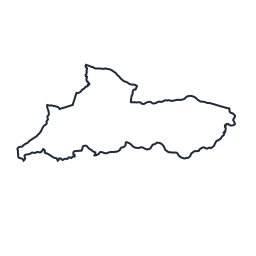 outline of Nova Olímpia, Mato Grosso, Brazil, rotated 192°
{"feature_id": "56859067B94311808533104", "entity_name": "Nova Olímpia", "entity_type": "district", "adm_level": 2, "iso_a3": "BRA", "parent_name": "Brazil", "parent_adm1": "Mato Grosso", "projection": "mercator", "projection_center": [-57.402, -14.783], "detail": "fine", "context": "isolated", "style": "outline", "palette": "slate", "viewbox_px": 256, "rotation_deg": 192, "n_neighbors": 0, "source": "geoboundaries", "source_scale": "gbopen_adm2", "svg_char_len": 5402}
<svg xmlns="http://www.w3.org/2000/svg" viewBox="0 0 256 256"><g transform="rotate(192 128 128)"><path d="M211.7,133.7L211.6,132.2L211.0,130.8L210.5,130.0L209.9,129.2L209.2,127.8L208.7,126.6L208.3,125.2L208.3,124.2L209.0,123.0L209.2,122.0L208.6,120.9L208.0,119.7L208.7,118.6L209.1,117.2L208.6,116.3L208.5,115.3L209.4,114.0L210.6,112.8L211.3,111.2L211.7,110.2L212.1,108.0L212.4,106.8L213.2,105.1L213.8,103.9L214.6,102.8L215.2,101.9L215.6,101.0L216.5,100.1L218.0,98.7L219.7,96.9L220.5,96.2L221.7,94.9L222.4,93.7L222.9,92.8L223.8,92.0L224.7,91.5L225.4,90.8L226.2,90.0L226.8,89.1L227.4,88.1L228.3,87.5L229.5,87.2L230.7,86.6L231.5,85.7L231.8,84.5L231.4,83.6L230.9,82.8L230.5,80.9L230.0,79.3L229.5,77.4L228.8,76.3L227.8,76.1L225.1,76.0L224.3,75.5L223.4,74.4L222.6,75.6L222.3,76.7L222.9,78.1L223.5,79.5L222.8,80.5L221.1,81.2L219.6,81.7L218.6,82.3L217.9,82.9L216.9,83.9L215.5,84.2L214.5,84.2L213.6,84.3L212.8,84.9L212.0,85.7L211.1,85.8L210.3,85.7L208.8,85.9L207.7,86.8L207.5,87.7L206.9,88.4L206.6,89.7L205.4,89.4L204.6,88.4L204.4,87.0L203.6,86.2L202.3,86.3L200.5,85.9L199.1,85.3L198.0,85.0L196.5,84.3L195.5,84.0L194.4,83.6L193.0,83.5L191.7,83.5L190.7,82.5L189.9,81.5L189.2,82.4L189.0,83.9L188.1,84.2L187.1,84.0L186.4,83.6L185.4,83.1L184.5,83.7L183.9,84.5L183.0,84.8L181.9,85.0L180.7,85.3L180.3,86.4L179.7,87.0L178.7,87.1L177.1,86.9L176.5,87.9L175.8,88.8L174.4,88.9L174.4,90.3L175.4,90.9L176.2,91.3L176.3,92.5L176.2,93.4L175.4,94.2L174.1,94.6L172.7,95.1L171.6,95.3L170.3,95.9L169.0,96.0L168.5,97.0L168.4,98.4L168.4,99.7L168.1,100.9L166.9,101.6L165.8,101.9L164.4,101.7L163.0,100.5L161.6,99.7L160.4,99.3L159.2,98.8L158.2,98.3L157.3,97.8L156.1,97.5L154.9,97.4L154.6,96.4L154.9,95.3L155.1,94.3L153.9,94.5L153.0,95.2L152.1,95.7L151.4,96.2L151.0,97.1L150.5,98.4L149.4,98.9L148.5,98.9L147.3,98.8L146.0,98.6L144.7,98.6L143.7,98.8L142.4,99.7L141.2,100.4L139.9,100.9L138.7,101.3L137.8,101.4L136.7,101.5L135.6,102.2L134.4,102.3L133.4,103.0L132.5,103.8L131.6,104.4L131.2,105.7L131.0,106.7L130.1,107.7L128.8,108.1L127.9,108.9L127.1,110.2L126.8,111.1L127.2,112.7L126.8,113.8L125.8,113.8L124.4,113.5L123.2,113.2L122.2,112.9L120.9,112.1L119.9,111.3L118.0,110.5L116.1,110.3L114.3,110.5L113.0,110.8L111.4,111.8L109.9,112.1L109.1,111.9L107.6,111.4L105.4,110.9L102.9,111.8L101.6,113.2L101.0,115.2L100.4,116.7L98.7,117.7L97.6,118.4L96.8,119.6L95.6,119.9L93.6,119.9L92.1,119.5L91.1,118.9L90.3,118.3L89.3,117.7L88.1,115.9L87.2,114.7L86.6,114.1L85.0,113.5L83.3,112.8L82.1,113.0L81.1,113.1L79.9,113.1L78.8,113.3L77.2,113.8L75.3,113.9L74.3,113.4L73.4,112.3L72.2,111.4L70.8,110.6L68.8,110.1L67.4,109.9L65.9,110.1L64.9,110.7L63.3,111.2L62.1,112.2L61.2,113.9L61.0,115.4L60.7,116.4L59.8,117.2L59.0,118.3L58.3,119.1L56.7,119.4L55.6,119.8L54.0,120.3L53.8,121.3L53.2,122.4L52.3,123.3L51.6,124.0L50.6,124.6L49.6,124.8L47.9,124.5L47.1,124.2L46.2,124.3L45.4,125.0L44.5,125.6L43.7,125.9L42.8,125.5L42.0,126.2L40.9,127.5L40.0,128.8L39.9,130.2L39.4,131.6L39.1,133.0L38.4,134.1L37.1,134.6L36.5,135.6L35.7,136.1L35.1,137.1L34.7,138.1L34.2,139.4L33.0,140.8L32.6,142.5L33.5,143.3L32.9,144.3L32.1,144.5L32.3,145.5L32.2,146.9L32.4,148.3L33.4,149.1L33.7,150.7L32.7,150.9L32.6,152.3L31.8,152.5L31.0,152.9L29.8,152.1L28.4,151.8L27.5,151.9L26.2,152.3L24.7,153.3L24.2,154.2L24.8,155.1L25.7,156.5L26.7,157.5L26.8,158.4L26.5,159.3L26.1,160.2L25.7,161.2L26.1,162.6L27.0,163.2L28.1,163.7L28.8,164.1L29.7,164.2L31.0,164.3L32.0,165.3L32.7,167.1L33.0,168.2L35.2,168.1L41.5,168.5L47.8,169.0L48.7,169.1L53.6,169.4L55.3,169.0L56.3,169.1L57.8,169.3L58.9,169.4L60.9,169.2L62.2,169.0L63.4,169.2L64.9,169.8L66.0,170.3L66.8,170.8L68.5,171.8L69.9,172.3L72.8,172.5L73.6,172.4L74.7,172.1L75.9,171.6L77.0,170.9L77.8,170.0L78.3,169.0L79.0,168.1L80.3,167.3L82.0,166.6L83.7,166.0L84.9,166.1L87.2,165.1L88.7,164.5L89.6,164.0L90.6,163.6L92.0,163.6L93.6,163.7L95.6,163.0L96.7,163.0L97.6,162.6L98.5,162.1L99.5,161.2L100.7,160.5L102.1,160.3L103.2,160.3L104.1,159.7L105.0,159.0L105.7,158.4L107.0,157.7L108.2,157.2L109.3,157.3L110.5,157.9L111.6,158.2L113.0,157.9L113.9,157.5L115.3,156.7L116.3,155.8L117.2,154.9L118.1,154.6L119.7,154.7L120.9,155.5L122.3,155.6L123.6,155.2L124.8,154.8L125.8,154.7L127.2,154.5L128.3,154.2L129.5,153.9L130.6,153.9L130.9,155.7L131.0,156.9L131.1,159.3L131.1,160.5L130.5,162.3L130.9,163.9L130.9,164.9L130.7,166.2L130.1,166.9L128.7,167.1L127.9,170.8L128.9,171.3L129.8,171.6L131.3,171.7L132.5,171.3L133.3,171.3L134.6,171.3L136.2,171.5L137.2,172.0L138.2,172.5L139.6,172.7L141.4,172.9L142.3,173.2L143.1,173.6L144.1,174.2L145.6,175.0L146.8,176.1L147.6,176.6L148.7,177.1L150.2,178.2L151.1,179.0L152.0,179.5L153.7,180.2L154.7,180.6L156.5,181.3L157.6,181.6L158.7,181.5L160.0,181.5L160.9,181.5L162.4,181.6L163.9,180.8L164.8,180.7L166.3,180.5L167.2,180.4L169.6,180.1L170.6,179.7L171.7,179.5L173.3,179.6L175.0,180.3L176.4,180.1L178.4,180.7L180.1,180.8L182.2,181.1L182.4,179.8L182.0,178.7L180.9,178.4L180.3,177.4L180.6,175.4L179.9,174.1L180.1,172.8L179.8,171.6L180.5,170.9L179.9,169.7L178.8,169.5L178.7,168.4L178.9,167.2L178.4,166.1L177.9,164.9L177.0,165.0L176.4,164.3L175.8,163.6L175.0,163.3L175.0,162.3L176.3,161.9L176.2,160.5L177.0,159.9L178.0,159.6L178.8,158.0L179.5,157.1L180.9,155.8L181.6,154.2L182.5,153.0L183.6,152.1L184.6,151.6L185.7,151.6L186.9,139.1L192.3,136.0L198.9,132.4L199.7,133.3L200.7,133.8L201.5,134.0L203.0,134.1L204.1,134.2L205.0,134.0L205.9,134.2L208.0,134.1L208.8,133.7L210.0,133.7L211.7,133.7Z" fill="none" stroke="#1e293b" stroke-width="2"/></g></svg>